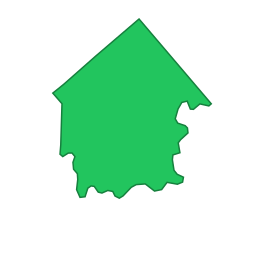 Saline, Missouri, United States of America, rotated 137°
{"feature_id": "52423323B60442880847167", "entity_name": "Saline", "entity_type": "district", "adm_level": 2, "iso_a3": "USA", "parent_name": "United States of America", "parent_adm1": "Missouri", "projection": "natural_earth1", "projection_center": [-93.121, 39.17], "detail": "fine", "context": "isolated", "style": "filled", "palette": "green", "viewbox_px": 256, "rotation_deg": 137, "n_neighbors": 0, "source": "geoboundaries", "source_scale": "gbopen_adm2", "svg_char_len": 821}
<svg xmlns="http://www.w3.org/2000/svg" viewBox="0 0 256 256"><g transform="rotate(137 128 128)"><path d="M159.2,204.8L159.7,190.8L188.7,161.5L195.6,155.2L195.2,151.6L188.8,150.4L186.0,147.9L186.3,143.3L191.7,140.4L195.9,135.0L196.2,129.1L199.9,124.6L207.6,118.0L210.4,110.0L206.3,107.0L198.4,111.4L194.5,110.8L192.5,108.3L193.5,101.4L191.4,98.2L185.4,96.1L182.4,92.0L183.9,87.1L182.2,82.6L177.9,81.7L166.0,82.4L160.6,81.0L153.5,75.3L151.6,63.8L145.4,60.0L136.5,61.6L130.2,53.2L125.0,51.2L121.0,54.2L123.6,60.6L123.2,65.7L117.2,74.5L113.5,77.7L106.9,74.5L101.4,82.9L97.6,83.6L87.5,83.5L84.5,87.5L84.6,90.7L88.3,97.6L87.2,102.5L78.4,107.8L71.2,110.0L66.4,107.3L69.5,99.3L67.4,97.0L59.0,96.6L53.8,89.0L50.6,88.9L45.6,200.2L102.3,202.6L145.2,203.8L159.2,204.8Z" fill="#22c55e" stroke="#15803d" stroke-width="1.5"/></g></svg>